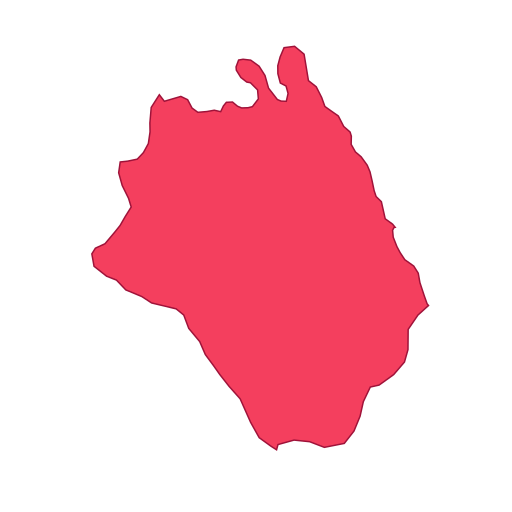 Fuzuli District, Füzuli, Azerbaijan, rotated 80°
{"feature_id": "54616110B29637726057754", "entity_name": "Fuzuli District", "entity_type": "district", "adm_level": 2, "iso_a3": "AZE", "parent_name": "Azerbaijan", "parent_adm1": "Füzuli", "projection": "natural_earth1", "projection_center": [47.279, 39.566], "detail": "fine", "context": "isolated", "style": "filled", "palette": "rose", "viewbox_px": 512, "rotation_deg": 80, "n_neighbors": 0, "source": "geoboundaries", "source_scale": "gbopen_adm2", "svg_char_len": 1683}
<svg xmlns="http://www.w3.org/2000/svg" viewBox="0 0 512 512"><g transform="rotate(80 256 256)"><path d="M251.9,114.0L248.3,116.0L241.8,122.3L224.3,123.1L218.3,127.4L212.2,128.3L202.6,128.6L193.0,129.1L185.9,130.7L176.6,135.2L170.8,140.0L162.6,142.9L154.6,141.3L150.3,141.8L143.7,147.1L132.4,150.6L126.1,156.9L120.7,162.2L111.3,163.8L99.8,167.3L92.4,173.9L65.6,173.6L56.2,181.6L55.7,192.2L64.2,197.7L72.4,201.5L80.3,202.8L89.9,202.0L93.8,196.9L101.5,196.2L108.9,199.3L107.8,204.4L105.6,207.8L99.5,211.0L92.9,214.5L79.8,215.8L69.6,220.0L62.2,227.2L60.0,234.6L60.0,239.1L66.3,242.8L69.6,243.1L77.6,239.9L83.1,234.9L84.4,231.4L92.7,225.6L101.7,226.4L108.3,233.6L108.6,238.1L107.7,244.4L105.3,248.2L100.3,252.4L99.5,258.5L102.5,262.0L107.7,265.7L105.2,271.8L105.2,279.2L104.4,288.3L99.2,293.3L90.2,296.2L85.8,302.3L87.7,319.4L80.4,323.2L91.5,333.4L106.6,337.4L115.4,338.8L126.6,342.5L134.6,348.9L140.0,356.1L140.3,365.9L139.8,373.4L150.2,376.8L163.4,375.5L177.1,371.5L186.1,370.4L194.4,377.9L202.3,384.5L207.5,390.4L217.7,402.6L220.4,412.8L225.4,417.3L230.9,417.3L238.0,417.3L250.0,406.6L255.5,397.6L266.8,390.1L276.1,375.5L284.1,367.0L294.2,343.8L301.6,337.4L315.6,334.8L330.5,326.3L344.3,323.0L356.7,316.8L366.5,312.2L379.8,305.1L393.9,296.4L418.8,290.2L435.5,284.4L445.8,274.4L450.4,269.4L445.5,267.1L443.9,250.5L448.2,235.4L456.3,221.9L455.9,201.6L445.4,189.9L431.8,181.3L418.1,175.6L404.9,166.2L404.5,157.2L396.7,141.0L386.2,128.2L374.6,122.6L354.7,118.9L342.3,106.8L334.7,94.7L332.8,95.8L324.4,97.2L310.7,99.2L301.1,99.2L293.3,102.4L285.5,110.1L277.6,113.5L271.2,115.6L261.3,117.6L254.3,117.0L251.9,115.1L251.9,114.0Z" fill="#f43f5e" stroke="#9f1239" stroke-width="1.5"/></g></svg>